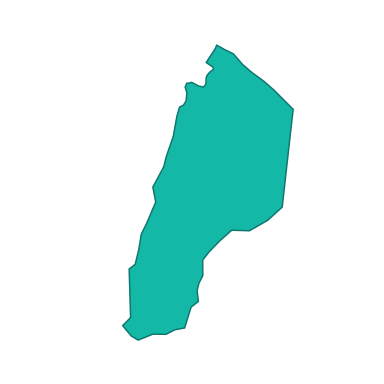 outline of Soufriere Estate, Soufrière, Saint Lucia, rotated 58°
{"feature_id": "8701671B12581562971222", "entity_name": "Soufriere Estate", "entity_type": "district", "adm_level": 2, "iso_a3": "LCA", "parent_name": "Saint Lucia", "parent_adm1": "Soufrière", "projection": "mercator", "projection_center": [-61.055, 13.851], "detail": "fine", "context": "isolated", "style": "filled", "palette": "teal", "viewbox_px": 384, "rotation_deg": 58, "n_neighbors": 0, "source": "geoboundaries", "source_scale": "gbopen_adm2", "svg_char_len": 1010}
<svg xmlns="http://www.w3.org/2000/svg" viewBox="0 0 384 384"><g transform="rotate(58 192 192)"><path d="M253.0,125.6L252.6,123.5L202.7,84.0L175.5,62.4L149.0,68.5L136.6,72.2L122.0,78.0L110.8,81.5L96.8,83.7L88.4,88.9L80.6,93.2L83.2,97.1L87.6,107.0L89.8,111.3L94.8,109.1L97.4,108.0L99.4,108.9L99.6,112.8L101.0,117.3L102.8,119.6L107.4,122.7L108.4,124.3L109.0,126.6L105.8,130.1L102.0,132.3L98.8,134.2L97.8,137.5L97.0,138.9L99.4,142.2L105.4,143.9L111.6,148.8L113.8,153.2L113.4,157.1L113.4,157.6L119.8,164.7L135.0,178.5L148.3,195.0L155.5,202.4L167.1,222.6L181.3,228.1L194.7,247.3L200.9,257.4L212.5,267.5L223.2,278.5L224.0,286.1L265.9,310.6L268.0,319.1L268.6,321.6L275.4,320.7L282.0,319.8L289.1,316.1L289.2,315.4L291.8,300.5L298.9,289.5L299.3,285.1L299.8,279.4L303.4,270.3L289.1,253.7L288.2,244.6L278.4,240.0L273.1,234.5L268.6,227.1L258.2,220.7L255.3,218.9L251.7,208.8L248.1,194.1L246.0,181.8L245.5,178.5L248.7,173.7L255.3,163.8L256.1,142.7L253.0,125.6Z" fill="#14b8a6" stroke="#0f766e" stroke-width="1.5"/></g></svg>